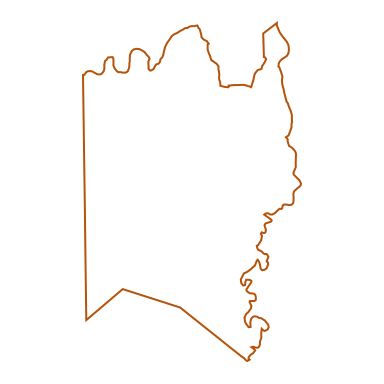 the district of San Pedro Juchatengo, Oaxaca, Mexico
{"feature_id": "50627088B44061639348759", "entity_name": "San Pedro Juchatengo", "entity_type": "district", "adm_level": 2, "iso_a3": "MEX", "parent_name": "Mexico", "parent_adm1": "Oaxaca", "projection": "robinson", "projection_center": [-97.095, 16.316], "detail": "fine", "context": "isolated", "style": "outline", "palette": "amber", "viewbox_px": 384, "rotation_deg": 0, "n_neighbors": 0, "source": "geoboundaries", "source_scale": "gbopen_adm2", "svg_char_len": 4105}
<svg xmlns="http://www.w3.org/2000/svg" viewBox="0 0 384 384"><path d="M249.6,359.7L248.6,358.8L248.7,357.1L250.7,354.7L253.2,353.1L255.2,350.4L253.5,348.6L251.5,347.2L253.1,346.7L255.7,347.6L257.6,347.8L258.9,347.0L259.9,344.7L259.9,341.8L261.4,337.6L261.2,333.8L261.7,328.8L263.0,330.1L264.5,331.0L266.4,330.2L267.7,329.4L268.7,327.2L268.2,324.7L264.7,320.4L261.1,318.2L259.2,318.0L257.1,316.7L254.3,316.3L252.3,317.3L251.0,319.2L250.3,322.4L250.6,327.0L248.6,327.2L245.8,323.3L245.0,321.6L244.5,317.8L246.0,314.2L248.4,312.0L250.9,308.5L251.4,305.8L250.6,304.3L249.6,302.1L250.0,300.9L254.1,301.1L255.6,300.3L255.9,298.2L255.6,296.0L255.1,294.6L253.7,293.6L249.9,293.3L247.9,292.0L246.7,290.9L246.4,289.5L248.4,286.4L251.3,282.2L251.4,281.0L250.3,280.1L248.0,279.7L246.2,279.8L245.3,282.0L245.3,283.8L245.0,285.2L243.1,285.5L241.3,283.2L240.8,279.6L243.9,273.4L247.3,271.8L250.7,269.3L255.0,265.4L256.8,260.6L257.7,259.7L258.9,261.5L259.9,264.2L260.6,268.6L262.0,270.2L263.7,270.0L265.3,269.3L266.6,268.3L268.2,264.3L267.9,262.4L266.6,261.3L267.8,258.5L268.4,256.7L267.3,254.9L266.6,254.0L264.6,254.0L263.4,253.4L262.3,252.1L261.1,251.1L258.1,249.8L257.3,248.2L256.8,245.8L258.0,245.3L260.9,240.7L261.5,238.8L262.0,236.0L260.8,233.7L261.8,232.3L263.4,233.1L264.9,232.8L265.6,232.0L265.9,229.8L264.5,225.3L265.1,224.0L265.9,223.3L270.7,221.8L271.5,221.0L271.7,220.4L271.0,219.4L265.9,215.9L264.2,214.6L265.7,213.5L267.9,213.2L270.3,214.5L272.3,214.5L274.9,213.1L277.6,210.5L279.5,208.8L281.5,208.9L282.2,208.2L282.7,205.5L284.1,204.5L286.7,204.6L289.3,205.1L291.7,204.7L293.3,203.0L293.5,200.7L293.6,197.7L293.4,193.7L294.1,191.3L297.3,188.3L299.1,187.0L300.6,185.5L301.0,183.8L300.5,182.5L299.7,180.6L298.4,179.3L296.9,177.8L294.0,174.9L293.4,173.3L293.8,171.8L295.8,167.2L295.7,162.9L296.0,153.8L295.4,151.8L294.3,150.2L292.6,148.3L290.8,146.9L289.1,146.0L287.7,141.6L287.7,139.3L285.9,137.2L288.6,135.4L291.5,127.5L291.5,126.2L291.5,123.9L292.0,122.3L291.9,118.9L291.9,115.1L290.7,110.9L288.6,105.8L287.8,103.2L286.7,101.9L285.6,97.9L284.3,92.9L283.7,89.8L282.2,83.8L281.9,79.5L282.5,76.8L281.4,73.0L279.2,67.0L278.4,66.5L278.7,63.7L279.8,61.4L281.9,59.2L286.7,56.1L288.3,53.6L288.9,50.1L288.6,45.9L287.9,43.8L286.7,41.6L282.4,36.3L279.7,32.3L276.8,25.4L276.9,23.0L263.2,33.5L263.9,57.0L265.3,57.6L266.1,59.1L265.4,60.8L265.2,61.3L263.5,64.1L262.3,65.8L261.6,68.7L259.8,69.5L257.8,70.0L255.7,72.5L254.5,74.7L254.1,76.7L253.7,78.3L253.2,81.0L252.5,82.9L251.1,87.2L250.5,86.9L249.2,86.3L247.8,86.1L246.5,85.5L243.8,84.9L241.2,84.9L239.1,85.0L237.4,85.1L235.9,85.0L232.6,85.2L228.7,85.6L228.8,86.1L228.9,86.5L228.1,87.3L224.2,86.8L222.7,86.4L220.4,85.8L220.3,83.6L220.1,81.8L219.2,79.6L219.1,77.4L219.3,74.4L218.8,70.8L218.4,68.9L218.5,66.5L216.7,63.8L214.7,62.5L213.3,61.3L211.5,60.4L210.5,57.8L210.0,55.7L209.0,53.8L207.7,49.8L207.6,46.2L207.7,44.4L208.7,43.7L208.3,43.2L206.6,40.9L205.1,40.4L203.1,39.0L201.5,37.2L201.3,35.0L200.5,32.0L199.7,29.2L198.5,28.0L197.4,25.5L195.9,25.7L194.5,26.1L191.5,26.1L188.9,26.9L187.6,27.9L185.2,28.1L182.4,29.9L180.5,30.8L178.9,31.8L177.5,32.8L174.5,34.1L172.4,35.5L171.2,37.0L170.3,38.4L169.0,40.3L167.8,41.9L166.6,43.8L166.0,45.2L165.1,47.1L164.1,50.7L163.7,52.6L163.2,55.1L162.3,57.3L160.5,59.1L160.0,61.8L159.2,62.9L158.5,63.7L156.2,64.4L155.0,66.1L153.8,68.7L151.8,70.2L150.3,70.6L148.5,68.9L148.6,66.4L148.4,64.5L148.4,61.3L149.6,58.7L148.6,56.7L146.8,55.0L145.7,53.5L144.7,52.2L143.0,51.0L140.9,49.9L139.4,49.1L136.0,48.8L133.7,49.5L131.8,51.0L130.0,54.8L129.7,59.1L129.8,61.5L129.4,63.1L129.3,66.6L128.9,68.3L127.8,71.3L126.0,72.6L124.2,72.6L122.2,72.6L120.5,72.1L118.4,72.2L116.8,71.2L115.2,69.1L114.4,67.9L113.4,65.2L113.5,60.9L113.3,58.4L112.5,57.1L109.8,57.3L108.1,57.4L106.5,59.9L105.2,60.7L104.7,62.5L104.3,65.0L104.4,67.4L104.3,69.1L103.6,71.4L102.2,73.2L100.7,74.3L99.0,74.4L97.5,74.3L95.6,73.3L93.8,72.4L92.7,71.6L90.4,71.1L88.1,71.2L86.2,72.1L84.4,74.8L83.0,74.9L84.9,212.0L85.8,284.1L86.3,320.1L122.7,289.1L180.1,307.5L225.1,343.4L241.3,356.3L243.9,358.0L245.7,360.0L247.1,361.0L249.6,359.7Z" fill="none" stroke="#b45309" stroke-width="2"/></svg>